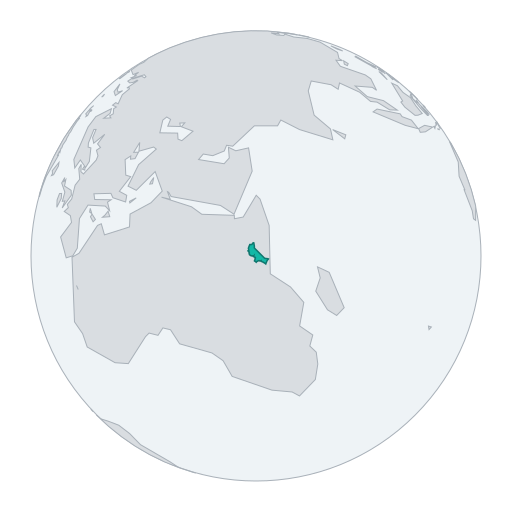 North-Eastern highlighted on a globe, orthographic projection, rotated 315°
{"feature_id": "KEN-893", "entity_name": "North-Eastern", "entity_type": "Province", "adm_level": 1, "iso_a3": "KEN", "parent_name": "Kenya", "parent_adm1": "", "projection": "orthographic", "projection_center": [39.831, 1.103], "detail": "fine", "context": "on_globe", "style": "filled", "palette": "teal", "viewbox_px": 512, "rotation_deg": 315, "n_neighbors": 0, "source": "natural_earth", "source_scale": "10m", "svg_char_len": 8938}
<svg xmlns="http://www.w3.org/2000/svg" viewBox="0 0 512 512"><g transform="rotate(315 256 256)"><circle cx="256" cy="256" r="225" fill="#eef3f6" stroke="#a8b0b8"/><path d="M30.9,247.5L30.8,249.2L30.8,251.0L30.9,247.5ZM30.7,255.6L30.8,257.0L30.9,261.0L34.6,268.1L39.3,278.6L41.1,292.3L40.9,307.7L49.7,340.8L51.8,351.0L58.4,364.2L59.9,366.9L52.3,352.2L45.7,336.9L40.3,321.1L36.1,305.1L33.1,288.7L31.3,272.2L30.7,255.6ZM423.3,105.1L429.0,112.1L436.4,121.1L440.3,126.6L441.6,129.0L435.9,121.0L432.6,117.3L429.2,112.8L429.3,115.1L424.4,108.9L426.9,114.3L431.6,119.7L433.3,119.5L437.5,127.8L445.9,138.2L452.5,150.0L457.6,169.7L454.3,175.1L455.3,179.1L451.0,174.1L449.8,181.5L461.3,205.2L462.5,211.9L458.4,224.1L457.5,219.0L446.3,205.9L447.4,222.0L456.0,236.3L459.1,252.8L453.9,247.2L450.4,232.8L446.3,227.7L445.1,213.5L437.4,192.7L432.0,196.2L430.2,188.0L418.8,171.3L409.7,176.2L396.7,197.5L398.5,218.8L392.5,228.2L376.2,197.4L369.7,177.4L363.3,179.2L346.9,162.8L317.2,161.9L313.5,156.9L307.8,159.3L296.4,154.5L290.8,146.6L283.6,147.2L298.7,168.2L306.4,167.8L313.4,159.6L316.1,167.3L327.2,174.3L313.3,193.3L270.0,210.9L266.6,195.1L238.0,153.9L239.3,149.3L239.2,148.8L238.9,147.9L235.5,155.3L230.8,147.6L245.2,175.6L247.2,188.2L269.4,211.9L267.1,214.4L274.5,219.4L299.1,213.2L299.1,218.6L286.9,243.7L253.5,278.7L258.5,302.3L257.0,322.6L237.4,336.3L240.3,352.0L230.4,357.7L230.6,366.6L223.3,376.1L210.6,385.3L187.8,385.7L185.4,377.7L172.4,362.1L154.0,324.3L158.7,306.8L156.3,293.4L139.9,264.1L143.4,247.7L139.3,241.0L130.6,242.8L125.9,234.9L120.8,234.9L89.6,241.8L80.9,231.8L72.3,201.0L78.5,188.3L81.1,174.2L125.0,126.8L132.8,128.9L165.6,122.3L169.4,123.8L163.8,133.9L187.1,146.0L196.6,137.3L219.4,144.1L235.6,143.8L244.4,125.0L217.8,124.9L214.9,116.1L237.6,108.4L261.1,109.9L260.7,106.6L247.3,99.1L254.1,93.5L242.8,96.2L246.3,99.5L239.3,101.6L235.7,98.8L238.2,96.7L231.6,95.3L221.1,106.7L223.5,111.3L205.1,113.6L207.5,121.7L202.0,125.6L196.0,113.6L197.7,109.1L185.4,97.4L181.9,102.0L193.3,113.8L189.1,112.9L184.5,120.5L184.7,114.1L173.2,101.2L157.6,104.7L135.2,124.1L126.6,126.3L120.5,123.1L131.3,104.4L149.3,101.8L153.3,96.2L151.9,88.9L157.5,89.1L159.1,86.1L166.1,85.3L178.2,78.0L185.6,77.1L192.5,68.9L197.2,67.6L191.8,72.6L192.0,76.0L210.8,75.2L215.1,73.4L218.0,68.4L222.8,69.3L223.2,64.7L235.1,63.0L221.0,61.5L224.1,56.8L232.4,53.4L230.9,51.9L217.4,57.6L214.3,60.3L215.7,62.8L205.0,71.3L198.1,72.9L199.7,63.9L190.1,65.6L195.5,58.9L228.6,46.0L241.3,44.2L257.9,49.6L253.7,52.0L245.7,50.9L251.1,55.7L251.6,53.4L255.6,54.5L259.5,51.2L262.6,51.9L261.2,47.9L265.3,48.4L266.1,50.9L275.5,47.4L284.7,48.3L285.3,47.3L283.5,45.9L296.3,48.4L296.3,47.6L292.0,46.4L289.1,44.3L289.0,41.7L293.4,42.6L294.1,43.7L302.2,47.9L303.2,51.2L305.0,51.4L305.2,48.9L295.3,43.6L294.0,41.8L299.3,44.0L297.3,43.0L298.0,42.5L302.9,43.1L297.3,40.8L299.3,36.3L309.0,37.9L313.6,39.7L319.7,40.0L330.1,43.3L326.2,41.9L341.9,47.7L357.1,54.7L371.8,62.8L385.8,71.9L399.1,82.0L411.6,93.1L423.3,105.1ZM108.2,149.9L106.6,154.0L108.2,149.9ZM285.1,122.0L299.7,123.2L294.6,111.8L299.8,111.5L296.1,108.1L294.1,111.0L285.4,101.8L292.2,99.0L291.2,94.6L286.2,94.0L275.1,100.9L287.5,113.7L283.5,118.2L285.1,122.0ZM161.2,72.9L162.8,74.3L159.0,77.6L149.6,80.7L155.0,75.7L161.2,72.9ZM166.0,75.7L170.2,67.0L176.3,65.3L172.2,67.6L175.7,67.4L170.1,71.1L171.7,78.8L168.5,82.4L152.9,85.0L159.8,81.9L157.7,80.4L166.0,75.7ZM170.4,53.8L172.3,51.6L182.9,50.5L179.9,52.7L170.3,55.4L168.2,54.5L170.4,53.8ZM172.4,46.8L178.7,44.4L178.1,44.6L181.8,43.3L181.1,43.6L183.1,42.8L203.8,36.8L225.0,32.9L223.5,33.2L227.1,32.7L231.9,32.3L231.1,32.8L227.0,33.0L229.1,33.8L222.8,34.4L223.4,34.5L218.1,35.5L212.8,37.1L210.2,37.3L209.3,37.9L205.8,38.8L203.6,39.8L198.1,40.8L195.1,42.2L194.2,42.0L190.4,44.2L190.8,43.1L186.3,44.6L188.3,44.9L164.0,51.4L153.5,56.1L144.5,61.0L146.4,59.3L156.0,54.2L161.4,51.5L172.4,46.8ZM174.8,120.0L178.0,120.3L183.1,119.7L180.4,124.8L174.8,120.0ZM166.7,111.2L169.7,110.4L168.3,116.6L165.0,116.6L166.7,111.2ZM172.5,105.1L169.9,109.9L169.4,107.3L172.5,105.1ZM194.7,71.9L198.1,71.2L198.0,72.3L195.6,74.2L194.7,71.9ZM236.2,37.6L234.4,37.1L235.7,36.7L236.1,35.1L240.9,34.8L242.5,35.7L236.2,37.6ZM239.2,128.2L233.9,131.7L231.7,130.0L234.0,129.1L239.2,128.2ZM205.2,127.9L212.4,130.2L204.3,129.3L205.2,127.9ZM241.4,37.0L241.1,36.3L243.6,36.7L241.4,37.0ZM244.4,34.6L247.6,34.9L241.5,34.6L244.4,34.6ZM328.4,427.5L329.8,430.2L326.3,430.4L328.4,427.5ZM296.2,319.3L281.8,354.9L271.0,355.1L268.5,344.6L273.4,323.1L285.9,316.9L291.8,307.2L296.2,319.3ZM474.2,294.2L475.1,295.7L474.9,296.7L474.2,294.2ZM473.3,290.1L474.8,290.9L472.7,292.3L473.3,290.1ZM475.3,291.2L476.8,289.7L477.4,288.2L477.0,290.4L475.3,291.2ZM472.1,289.8L463.6,288.0L459.6,284.7L461.1,280.9L467.6,282.8L472.1,289.8ZM460.7,280.7L453.9,269.1L440.7,236.9L445.5,237.7L458.5,257.5L457.8,260.7L462.0,269.8L460.7,280.7ZM475.2,262.8L474.3,272.8L470.1,271.0L467.9,269.0L466.5,255.9L467.3,249.6L469.3,250.1L474.2,229.8L476.4,235.6L475.6,244.2L477.2,253.3L475.2,262.8ZM399.6,220.8L405.2,233.8L401.6,235.9L399.6,220.8ZM474.0,215.5L473.5,224.2L473.3,212.4L474.0,215.5ZM472.6,204.3L473.7,209.0L472.1,204.2L472.6,204.3ZM457.2,185.2L455.2,186.0L454.1,182.8L456.0,180.0L457.2,185.2ZM457.5,160.3L461.3,169.4L462.3,172.4L459.5,166.7L457.5,160.3ZM281.5,38.1L275.5,40.3L274.3,42.6L278.6,44.8L270.0,43.1L271.8,39.4L281.5,38.1ZM296.7,36.2L292.9,35.0L296.1,35.5L297.5,35.8L296.7,36.2ZM293.2,35.5L285.5,34.4L284.4,33.8L290.7,34.7L293.2,35.5ZM263.4,34.4L261.3,34.9L259.2,34.5L263.4,34.4ZM446.6,376.1L436.5,386.1L436.1,383.5L440.9,376.9L450.0,356.3L450.5,356.8L456.0,343.2L465.5,332.5L473.8,311.7L473.6,314.1L468.7,330.3L462.5,346.1L455.1,361.4L446.6,376.1ZM476.3,296.5L478.3,289.3L478.7,289.1L476.3,296.5ZM480.7,268.5L480.5,271.1L480.4,268.8L480.7,268.5ZM480.8,270.5L480.8,269.5L480.9,267.3L480.9,269.6L480.8,270.5ZM478.1,255.8L478.5,262.2L479.8,258.9L478.8,264.1L479.0,274.9L478.4,278.7L478.4,267.0L477.2,278.4L476.6,277.9L476.8,267.8L477.9,256.1L478.5,251.5L480.5,250.8L478.1,255.8ZM481.1,259.7L481.0,252.2L481.0,247.6L481.2,251.6L481.1,259.7ZM479.5,234.4L477.9,225.8L477.4,228.4L477.4,218.1L479.1,228.1L479.5,234.4ZM476.5,216.2L476.2,218.6L475.9,212.6L476.5,216.2ZM475.5,215.8L474.3,210.2L475.2,211.3L475.5,215.8ZM476.9,216.7L475.2,207.5L476.6,213.1L476.9,216.7ZM471.2,197.8L474.8,207.5L471.9,202.7L466.9,185.2L467.8,185.2L471.2,197.8ZM448.4,138.7L444.3,132.4L442.5,129.7L448.4,138.7Z" fill="#d9dde1" stroke="#a8b0b8" stroke-width="1"/><path d="M259.7,243.5L260.0,243.8L260.1,244.0L260.3,244.1L260.5,244.2L260.6,244.3L260.9,244.6L261.0,244.8L261.4,244.9L261.8,244.8L262.3,244.8L262.5,244.8L262.9,244.7L263.0,244.7L263.3,244.6L263.5,244.7L263.7,244.8L263.9,244.8L264.1,244.7L263.7,245.2L263.4,245.6L263.1,246.1L262.7,246.6L262.5,246.9L262.3,247.2L262.1,247.5L261.9,247.8L261.6,248.1L261.3,248.4L261.0,248.7L260.6,249.0L260.5,249.3L260.5,249.5L260.5,250.0L260.5,250.5L260.5,250.8L260.5,251.2L260.5,251.6L260.5,252.1L260.5,252.5L260.5,253.0L260.5,253.5L260.5,254.0L260.5,254.5L260.5,254.9L260.5,255.4L260.5,255.5L260.5,255.9L260.5,256.4L260.5,256.9L260.5,257.4L260.5,257.9L260.5,258.4L260.5,258.9L260.5,259.4L260.5,259.9L260.5,260.3L260.5,260.7L260.5,260.9L260.5,261.2L260.5,261.6L260.5,262.1L260.5,262.5L260.5,262.9L260.5,263.2L260.5,263.5L260.5,263.8L260.7,264.0L260.8,264.1L260.9,264.3L261.1,264.5L261.3,264.8L261.5,265.1L261.7,265.3L261.9,265.5L262.1,265.8L262.3,266.1L262.5,266.3L262.6,266.5L262.7,266.9L260.6,267.1L257.5,268.4L257.3,268.5L257.3,268.4L257.3,268.2L257.2,268.0L257.2,267.9L257.2,267.6L257.1,267.4L257.1,267.2L257.1,266.7L256.8,266.2L256.8,265.9L256.7,265.8L256.7,265.6L256.7,265.3L256.6,265.1L256.5,264.9L256.4,264.8L256.4,264.7L256.2,264.3L256.2,264.2L256.1,263.8L256.0,263.7L255.9,263.3L256.0,263.2L255.9,263.2L255.8,262.9L255.8,262.7L255.7,262.7L255.4,262.5L255.3,262.4L255.2,262.3L255.1,261.7L254.9,261.6L254.8,261.4L254.8,261.5L254.7,261.4L254.6,261.2L254.4,261.1L254.2,261.0L254.0,260.9L253.9,260.9L253.7,260.9L253.3,260.8L253.1,260.6L252.8,260.5L252.7,260.5L251.7,260.6L251.7,259.8L251.7,259.7L251.5,258.6L251.4,258.5L251.4,258.4L251.5,258.4L251.8,258.3L251.9,258.2L252.0,258.1L253.4,257.5L253.4,257.4L253.6,257.2L253.8,256.9L253.9,256.7L254.4,256.5L254.5,256.5L254.5,256.4L253.8,254.7L254.5,254.3L254.4,254.3L254.4,254.2L254.2,254.1L254.1,253.9L253.8,253.8L253.8,253.7L253.7,253.7L253.4,253.3L253.4,253.2L253.2,253.0L253.2,252.9L252.8,252.6L252.7,252.3L252.7,252.2L252.5,251.9L252.5,251.7L252.5,251.4L252.4,251.2L252.4,250.9L252.3,250.7L252.3,250.4L252.5,250.3L252.6,250.2L253.1,249.1L253.2,248.9L253.3,248.8L253.5,248.8L253.5,248.7L253.8,248.6L254.0,248.4L254.0,247.8L254.0,247.5L254.0,247.4L253.9,246.7L254.0,246.6L254.4,246.7L254.6,246.8L254.7,247.0L254.8,247.0L254.9,246.8L255.0,246.6L255.4,246.2L255.7,245.9L255.8,245.7L255.9,245.4L256.0,245.2L256.4,245.0L256.7,244.8L257.1,244.6L257.3,244.5L257.8,244.4L258.1,244.2L258.7,243.9L259.1,243.8L259.4,243.7L259.7,243.5Z" fill="#14b8a6" stroke="#0f766e" stroke-width="1.5"/></g></svg>